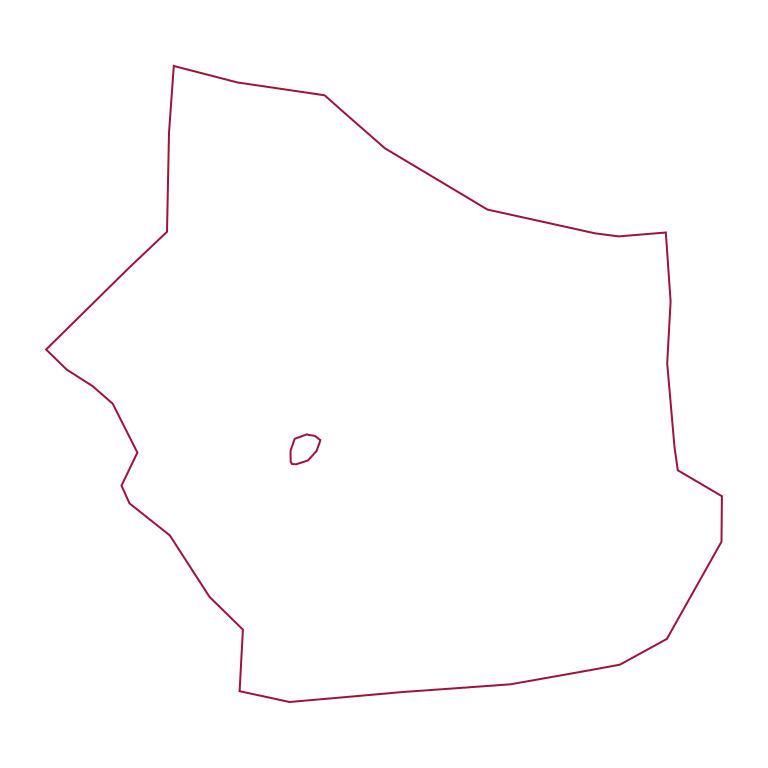 outline of Xanxongor, Ömnögovi, Mongolia
{"feature_id": "93677404B48685910961776", "entity_name": "Xanxongor", "entity_type": "district", "adm_level": 2, "iso_a3": "MNG", "parent_name": "Mongolia", "parent_adm1": "Ömnögovi", "projection": "natural_earth1", "projection_center": [104.555, 43.693], "detail": "fine", "context": "isolated", "style": "outline", "palette": "rose", "viewbox_px": 768, "rotation_deg": 0, "n_neighbors": 0, "source": "geoboundaries", "source_scale": "gbopen_adm2", "svg_char_len": 793}
<svg xmlns="http://www.w3.org/2000/svg" viewBox="0 0 768 768"><path d="M721.9,496.2L677.8,470.3L674.5,447.1L667.2,363.4L670.6,301.4L665.8,232.5L618.7,236.4L594.9,233.3L487.5,209.6L384.9,148.3L344.7,113.1L324.6,95.3L237.6,82.5L173.8,66.0L169.0,132.8L167.0,231.8L128.8,268.0L46.1,349.5L66.7,369.6L92.7,386.2L93.2,386.7L112.7,403.7L137.4,452.6L121.5,485.6L129.5,503.4L169.8,535.4L209.6,597.0L242.9,629.6L239.6,691.2L289.5,702.0L401.7,692.1L510.4,684.3L592.0,669.8L619.8,664.7L666.9,638.9L688.2,600.9L721.5,541.7L721.9,496.2ZM308.1,460.4L296.0,464.3L292.0,464.0L290.7,461.7L290.5,451.0L294.7,438.8L306.8,434.4L307.2,434.3L307.8,434.6L308.3,434.9L309.6,435.1L313.5,435.6L315.0,436.0L320.3,440.1L319.3,443.5L316.5,451.0L310.7,457.5L308.1,460.4Z" fill="none" stroke="#9f1239" stroke-width="2"/></svg>